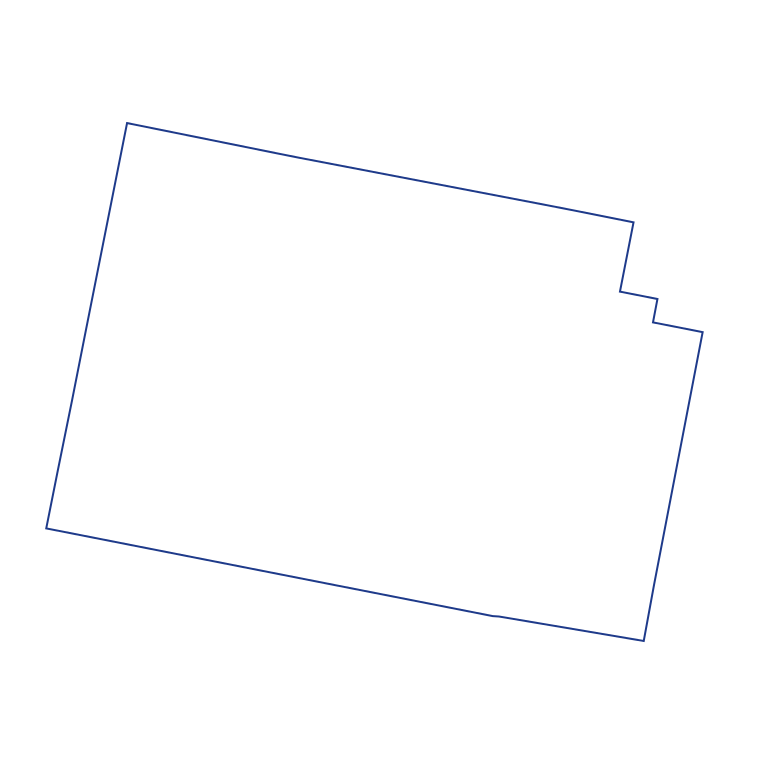 Clinton, Indiana, United States of America, rotated 11°
{"feature_id": "52423323B28494216469443", "entity_name": "Clinton", "entity_type": "district", "adm_level": 2, "iso_a3": "USA", "parent_name": "United States of America", "parent_adm1": "Indiana", "projection": "robinson", "projection_center": [-86.427, 40.305], "detail": "fine", "context": "isolated", "style": "outline", "palette": "blue", "viewbox_px": 768, "rotation_deg": 11, "n_neighbors": 0, "source": "geoboundaries", "source_scale": "gbopen_adm2", "svg_char_len": 400}
<svg xmlns="http://www.w3.org/2000/svg" viewBox="0 0 768 768"><g transform="rotate(11 384 384)"><path d="M687.4,529.6L686.9,272.3L636.3,272.2L636.2,248.4L598.0,248.3L598.1,177.7L534.4,177.4L509.0,177.4L257.7,178.1L234.3,178.0L82.0,176.9L81.1,390.4L80.9,460.5L80.3,532.0L80.0,590.2L535.0,591.1L541.2,590.3L585.8,589.2L688.0,586.7L687.4,529.6Z" fill="none" stroke="#1e3a8a" stroke-width="2"/></g></svg>